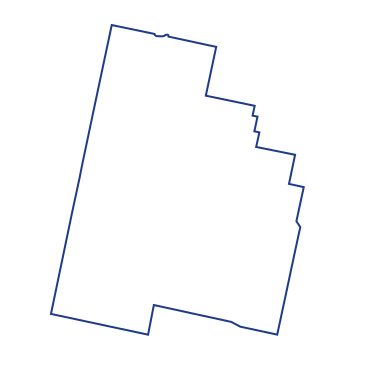 outline of Marion, Mississippi, United States of America, rotated 192°
{"feature_id": "52423323B28506543245034", "entity_name": "Marion", "entity_type": "district", "adm_level": 2, "iso_a3": "USA", "parent_name": "United States of America", "parent_adm1": "Mississippi", "projection": "orthographic", "projection_center": [-89.839, 31.217], "detail": "fine", "context": "isolated", "style": "outline", "palette": "blue", "viewbox_px": 384, "rotation_deg": 192, "n_neighbors": 0, "source": "geoboundaries", "source_scale": "gbopen_adm2", "svg_char_len": 642}
<svg xmlns="http://www.w3.org/2000/svg" viewBox="0 0 384 384"><g transform="rotate(192 192 192)"><path d="M126.6,73.1L116.7,70.3L79.0,70.2L78.9,110.3L78.9,154.2L78.8,180.2L83.8,185.1L83.7,220.0L98.8,220.1L98.9,249.8L138.6,249.4L138.5,264.3L143.6,264.3L143.6,279.3L148.6,279.3L148.6,289.3L198.5,289.1L198.5,339.0L205.1,339.0L209.9,339.0L247.3,339.1L247.6,340.2L248.0,340.6L249.3,340.7L250.5,340.2L251.7,338.8L253.7,338.0L259.1,337.1L260.8,337.7L261.7,338.7L261.7,338.8L305.2,338.6L305.2,252.9L305.1,195.1L304.9,183.1L305.0,146.5L304.6,43.4L294.8,43.4L205.3,43.3L205.8,73.5L126.6,73.1Z" fill="none" stroke="#1e3a8a" stroke-width="2"/></g></svg>